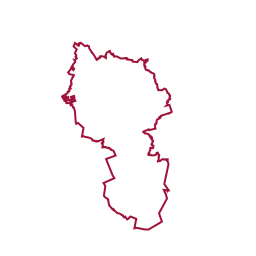 outline of Pinos, Zacatecas, Mexico, rotated 153°
{"feature_id": "50627088B58553371537", "entity_name": "Pinos", "entity_type": "district", "adm_level": 2, "iso_a3": "MEX", "parent_name": "Mexico", "parent_adm1": "Zacatecas", "projection": "albers", "projection_center": [-101.589, 22.273], "detail": "fine", "context": "isolated", "style": "outline", "palette": "rose", "viewbox_px": 256, "rotation_deg": 153, "n_neighbors": 0, "source": "geoboundaries", "source_scale": "gbopen_adm2", "svg_char_len": 5872}
<svg xmlns="http://www.w3.org/2000/svg" viewBox="0 0 256 256"><g transform="rotate(153 128 128)"><path d="M139.4,225.5L138.0,221.3L141.4,218.8L141.0,216.4L141.9,215.7L141.8,215.4L142.5,215.1L141.9,213.4L144.7,212.6L144.9,212.8L144.8,211.4L145.1,211.2L145.2,210.7L147.9,209.7L149.3,208.7L149.2,208.2L150.2,208.1L149.1,205.2L150.0,204.6L150.3,204.4L151.4,207.2L152.8,206.2L156.2,204.7L155.7,203.4L155.8,202.6L152.2,199.8L152.5,199.3L152.9,199.2L153.8,198.3L154.3,198.4L154.8,198.1L155.6,197.2L157.2,196.3L157.6,194.8L158.0,194.5L158.0,193.8L158.3,193.4L158.2,193.1L158.7,192.7L158.7,192.3L159.4,192.3L160.0,191.6L160.4,191.5L160.5,191.0L161.3,191.0L161.2,189.2L162.7,189.5L163.4,187.6L163.8,187.3L164.5,187.6L165.2,187.3L165.2,187.6L165.5,187.5L165.9,186.5L172.3,186.1L172.3,185.6L172.5,185.5L172.4,184.4L171.8,184.5L171.9,184.0L168.8,184.3L168.9,182.5L167.4,182.7L168.2,179.6L170.0,180.4L170.3,180.2L170.0,182.3L172.2,182.0L172.3,181.0L171.3,180.3L171.6,178.1L167.6,176.3L167.0,179.1L165.5,178.4L164.8,181.6L161.5,181.1L161.9,179.5L164.0,179.7L164.3,178.6L162.8,178.4L163.1,176.8L162.5,176.6L162.6,176.0L165.7,176.9L165.9,176.1L166.6,176.3L166.9,176.0L167.1,176.1L167.6,174.6L168.6,175.0L168.7,174.2L167.2,173.7L167.7,171.3L167.0,171.0L167.1,170.4L167.7,167.0L171.9,157.0L172.2,155.2L170.3,155.3L167.6,148.3L172.9,141.3L171.3,140.9L170.0,139.2L169.7,139.1L167.3,137.3L165.6,135.3L165.0,134.1L165.3,133.0L164.5,132.2L163.7,132.1L163.6,131.8L163.3,131.6L162.6,130.4L161.6,130.6L161.2,130.3L160.9,129.7L154.9,129.3L155.7,128.5L155.9,127.8L156.1,127.6L156.3,126.5L156.6,126.4L157.1,126.9L158.4,126.3L158.5,126.1L157.9,125.1L158.2,124.5L158.3,123.8L159.0,123.1L159.6,122.7L159.7,122.4L158.8,122.1L158.2,121.6L157.0,121.7L156.4,121.1L156.3,120.4L156.0,120.0L154.8,119.6L154.2,119.2L154.5,118.9L153.7,118.2L153.4,117.4L153.1,117.3L153.0,116.4L152.7,116.4L152.4,115.5L151.7,114.9L151.4,114.5L151.2,113.7L151.6,109.1L161.6,110.3L163.2,93.0L162.9,89.5L174.8,90.1L174.5,86.7L180.2,78.6L180.1,77.1L178.4,74.3L178.6,74.2L178.5,73.7L178.2,72.8L178.5,72.6L178.6,71.8L179.1,70.8L179.5,68.9L179.6,67.9L179.9,67.7L178.7,62.5L178.0,62.7L177.6,61.9L177.6,61.5L177.9,61.0L177.8,60.7L176.7,58.8L176.3,57.1L174.6,55.9L174.0,55.1L173.8,54.5L173.5,54.2L173.1,53.3L172.6,53.2L172.4,53.0L172.3,52.2L172.5,51.5L171.9,50.7L171.5,50.5L171.6,50.3L170.8,50.4L170.6,48.1L170.2,46.9L168.9,47.2L168.7,47.0L168.3,47.1L168.1,47.4L165.9,48.0L161.9,43.3L167.8,35.7L165.7,35.2L159.4,30.2L155.8,28.2L140.3,29.2L139.1,37.9L125.5,47.3L125.1,48.0L124.5,51.5L124.2,52.2L124.4,52.9L124.2,56.6L121.6,54.8L121.5,53.7L120.3,54.2L120.1,54.1L121.1,61.6L108.3,77.4L108.1,78.8L107.6,80.2L108.1,80.7L108.1,81.0L107.8,81.6L107.0,82.1L107.4,82.4L107.5,82.2L107.9,82.2L109.0,82.8L109.5,83.5L110.2,83.4L110.9,84.2L111.9,84.6L113.0,84.4L113.9,84.0L114.5,84.1L115.0,84.4L116.6,84.6L116.6,84.8L114.9,86.1L114.9,86.3L114.3,87.0L114.1,88.0L113.6,88.2L113.3,88.8L112.6,89.4L112.5,90.1L113.0,90.6L112.6,92.5L113.1,92.8L113.9,92.7L115.4,91.4L117.8,92.0L120.3,93.6L119.9,93.6L120.8,94.8L121.8,95.3L121.8,95.5L120.8,96.4L120.5,96.3L120.3,96.4L119.0,97.8L118.1,98.2L118.1,98.6L117.0,99.9L117.1,100.1L116.8,100.2L115.0,98.7L114.1,99.4L113.4,100.7L114.3,101.6L114.0,101.9L114.4,102.9L114.2,103.0L114.0,102.7L113.4,103.6L112.6,104.3L112.4,104.2L111.5,105.3L112.0,105.5L111.9,106.5L112.2,108.3L111.1,108.2L111.0,109.3L111.6,110.1L111.6,110.6L112.4,110.6L112.2,112.4L112.8,113.0L112.8,113.4L113.3,114.1L114.2,114.6L115.1,115.7L115.3,115.6L116.2,117.6L116.0,117.8L110.2,117.4L110.2,116.5L103.8,115.0L103.5,116.5L102.4,118.4L102.3,119.0L101.1,118.9L100.6,119.6L100.3,119.5L99.9,120.1L99.5,121.0L98.9,121.7L98.0,122.4L97.6,122.2L96.7,122.3L95.9,122.2L95.7,122.6L94.9,122.5L95.0,123.0L94.7,122.9L94.5,123.5L93.3,123.3L93.0,123.9L84.4,122.6L84.5,122.3L81.7,122.5L80.6,129.8L83.5,130.5L82.2,130.9L81.8,133.1L80.8,132.9L80.7,133.2L80.4,133.2L80.1,133.8L80.5,133.9L80.3,134.5L79.9,134.4L79.8,134.2L79.2,134.3L79.1,134.5L78.4,134.9L77.6,134.5L77.1,134.7L77.2,136.4L76.3,136.9L76.3,137.2L75.9,137.4L75.8,138.0L76.2,138.5L76.1,139.0L76.2,139.4L75.9,140.1L76.7,140.9L76.9,141.6L76.6,142.5L76.8,142.9L76.6,143.2L76.6,145.3L77.5,146.1L77.7,146.6L80.6,146.2L83.8,148.0L83.4,148.6L83.7,149.6L83.5,150.4L83.3,150.6L83.4,151.0L82.4,153.2L82.5,153.8L82.3,153.9L83.0,155.2L82.8,156.3L82.2,156.9L82.2,157.5L82.4,157.7L81.9,158.6L82.0,161.2L81.7,161.6L81.4,161.5L81.1,161.7L80.9,162.1L80.9,162.8L80.5,163.1L80.2,164.0L80.3,164.5L81.1,165.6L81.4,165.8L81.6,166.4L82.1,166.7L82.2,167.2L82.3,167.2L82.5,167.6L82.8,167.7L83.2,169.6L83.6,170.1L83.7,169.9L84.1,170.1L85.7,171.9L85.5,172.7L85.6,173.1L85.4,173.8L84.9,174.2L84.6,174.7L84.8,175.0L85.2,174.9L85.4,175.4L84.8,175.9L84.9,176.2L84.6,176.8L84.7,177.4L84.2,177.6L84.2,177.8L83.8,178.3L83.7,178.3L83.8,178.5L83.1,178.7L82.3,178.5L82.2,178.8L81.4,179.1L81.0,179.0L80.1,179.1L80.0,179.6L79.4,179.8L79.3,180.2L81.4,180.6L83.2,180.4L83.1,180.7L84.0,181.8L84.3,182.3L84.6,182.3L84.5,184.0L88.0,183.6L89.7,182.4L93.8,185.1L93.3,186.6L96.8,188.8L96.7,189.1L97.8,189.7L97.6,190.2L97.9,190.4L97.5,191.0L98.5,191.5L98.6,191.4L99.6,191.7L103.0,193.3L105.0,196.3L105.6,196.9L105.9,196.9L106.7,197.5L107.6,197.8L107.5,198.0L108.0,198.3L107.6,199.0L108.1,199.5L107.8,200.3L108.5,200.1L108.9,200.7L108.6,200.8L108.9,201.4L108.6,201.5L109.5,202.3L109.2,205.0L109.7,205.1L110.4,204.5L112.0,204.9L113.5,204.3L114.0,203.5L114.4,203.4L114.6,203.0L115.0,202.9L115.3,201.7L115.9,200.4L116.3,201.0L116.9,202.5L118.5,203.5L119.2,204.2L119.9,204.5L120.6,204.5L120.7,203.4L120.9,203.3L122.4,203.5L122.3,203.3L123.3,203.0L124.5,203.2L124.6,202.9L125.0,203.0L125.2,207.7L125.7,211.5L125.9,211.5L126.1,212.4L126.0,214.1L126.4,216.0L125.8,218.8L126.6,219.2L126.7,220.0L129.2,220.4L131.4,225.4L133.2,225.7L133.3,225.5L132.9,224.9L134.4,223.8L134.8,224.9L135.2,224.5L136.6,227.8L139.4,225.5Z" fill="none" stroke="#9f1239" stroke-width="2"/></g></svg>